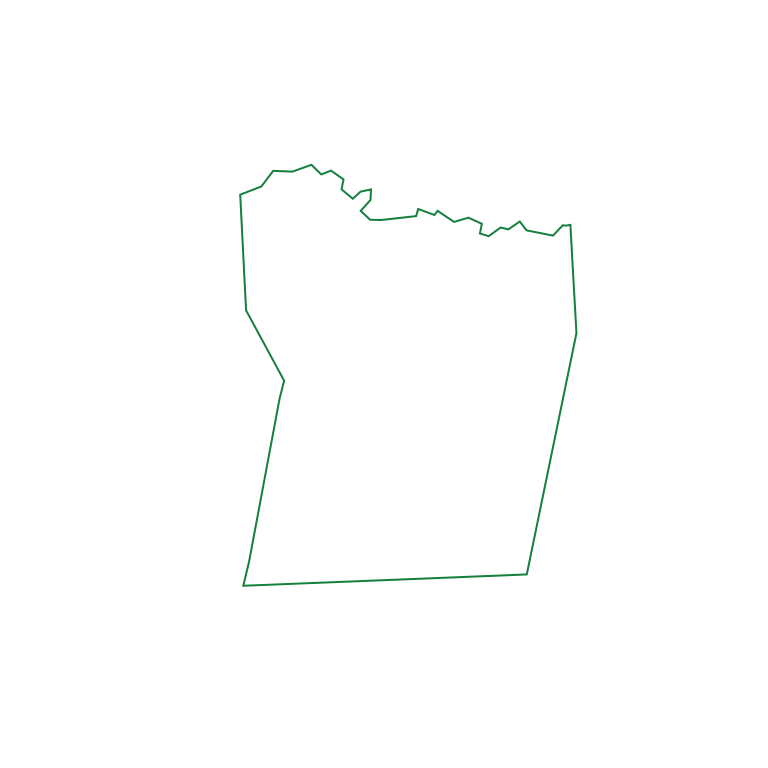 Wharton, Texas, United States of America (Albers equal-area conic projection), rotated 313°
{"feature_id": "52423323B28004932041096", "entity_name": "Wharton", "entity_type": "district", "adm_level": 2, "iso_a3": "USA", "parent_name": "United States of America", "parent_adm1": "Texas", "projection": "albers", "projection_center": [-96.061, 29.299], "detail": "fine", "context": "isolated", "style": "outline", "palette": "green", "viewbox_px": 768, "rotation_deg": 313, "n_neighbors": 0, "source": "geoboundaries", "source_scale": "gbopen_adm2", "svg_char_len": 670}
<svg xmlns="http://www.w3.org/2000/svg" viewBox="0 0 768 768"><g transform="rotate(313 384 384)"><path d="M342.1,618.3L552.4,490.1L608.0,432.1L627.5,411.8L624.0,409.1L622.0,406.5L607.8,406.4L593.6,383.5L595.4,372.5L581.9,369.5L578.0,362.6L563.5,359.7L559.5,351.5L567.9,346.3L563.2,332.3L550.3,324.7L547.2,305.1L542.0,305.6L535.3,289.6L528.7,293.0L501.8,269.9L494.7,261.9L494.7,248.9L509.4,248.6L517.4,241.8L508.8,235.7L498.2,234.8L497.4,220.2L506.0,214.9L503.9,199.7L494.5,195.2L494.8,181.4L476.9,172.2L464.3,157.6L444.8,159.6L424.4,149.7L343.8,232.9L318.3,308.7L302.1,317.6L162.5,406.2L140.5,418.7L342.1,618.3Z" fill="none" stroke="#15803d" stroke-width="2"/></g></svg>